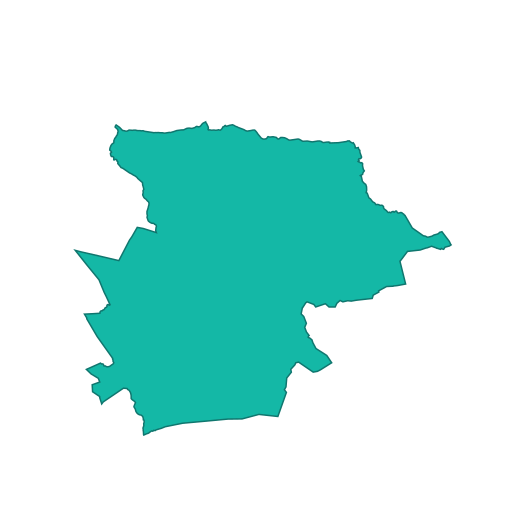 outline of Chimanimani, Manicaland, Zimbabwe, rotated 76°
{"feature_id": "62879985B88663690016764", "entity_name": "Chimanimani", "entity_type": "district", "adm_level": 2, "iso_a3": "ZWE", "parent_name": "Zimbabwe", "parent_adm1": "Manicaland", "projection": "robinson", "projection_center": [32.597, -19.741], "detail": "fine", "context": "isolated", "style": "filled", "palette": "teal", "viewbox_px": 512, "rotation_deg": 76, "n_neighbors": 0, "source": "geoboundaries", "source_scale": "gbopen_adm2", "svg_char_len": 6112}
<svg xmlns="http://www.w3.org/2000/svg" viewBox="0 0 512 512"><g transform="rotate(76 256 256)"><path d="M95.0,360.0L95.6,360.7L96.1,361.2L96.9,361.5L99.8,359.6L102.0,359.7L103.1,360.5L104.1,360.8L105.3,361.7L105.9,362.6L106.8,363.3L107.7,364.6L109.9,366.1L111.3,366.4L111.8,366.7L112.3,368.1L112.7,368.9L113.7,370.0L115.1,371.0L116.0,371.6L117.8,372.3L118.2,372.1L118.9,371.5L120.3,371.1L121.1,372.4L122.9,372.6L123.4,372.4L124.1,372.4L124.5,372.2L124.8,371.1L125.5,370.4L126.3,370.2L127.9,370.7L128.3,370.7L128.5,370.1L128.3,369.2L128.3,368.7L128.6,368.2L129.0,367.9L129.4,367.8L130.0,368.0L131.0,367.3L131.8,367.3L132.5,367.7L133.0,367.7L135.8,366.3L137.5,365.6L138.8,363.9L144.8,358.6L146.2,356.9L147.5,355.7L149.3,353.7L151.0,352.4L152.2,352.0L157.3,348.4L159.7,348.8L161.2,348.7L164.2,348.7L165.1,349.7L165.6,349.9L167.2,350.1L169.1,351.1L169.8,351.1L172.2,350.6L173.2,350.0L174.3,349.0L176.4,348.0L177.4,347.2L178.8,347.0L180.6,347.6L181.7,348.3L183.2,349.0L186.4,351.0L188.8,351.6L190.6,351.6L192.1,352.4L195.6,352.1L196.2,351.9L197.6,350.8L198.3,350.1L199.1,349.0L199.5,347.6L200.0,347.0L200.6,346.8L201.5,345.7L201.9,345.5L203.3,345.5L204.2,346.1L207.1,347.2L209.2,347.0L202.0,358.8L199.5,364.3L207.2,371.7L210.0,374.9L227.3,390.2L219.0,406.3L209.7,424.7L206.8,430.0L223.7,422.3L241.1,414.1L254.6,412.1L259.1,411.1L268.0,409.4L268.3,410.2L267.3,411.2L267.3,411.7L267.5,412.2L267.8,412.6L268.7,412.7L269.5,413.4L269.7,414.8L271.3,416.4L271.4,417.7L271.9,418.2L271.8,419.5L271.9,420.1L272.6,420.9L273.5,421.1L273.8,421.3L272.5,428.4L270.9,436.5L275.1,435.2L276.0,435.4L295.7,429.6L320.7,419.8L321.1,420.1L322.3,419.9L323.6,420.2L325.1,419.8L326.0,420.5L326.5,421.6L326.7,422.3L327.5,424.2L327.7,425.0L327.7,426.0L327.5,427.3L327.2,427.8L326.1,429.0L326.0,430.0L325.5,430.2L324.2,430.3L323.9,430.5L323.5,431.2L323.4,432.0L322.3,432.8L325.0,448.0L330.6,444.5L336.5,438.6L340.5,438.1L341.3,446.1L348.2,447.4L354.5,441.7L355.6,441.9L362.2,441.5L360.6,439.5L352.2,416.6L353.4,413.1L354.5,412.8L355.4,411.8L356.2,411.4L357.9,410.9L359.6,410.8L361.1,410.9L364.2,411.6L365.6,410.8L367.7,409.0L369.1,408.4L371.5,410.2L372.7,410.9L373.4,410.8L375.0,410.2L377.9,410.1L379.6,409.5L380.8,408.7L381.8,407.6L382.7,405.8L383.9,405.0L384.6,404.7L386.8,404.7L387.7,405.0L388.3,404.3L390.2,404.7L391.4,405.5L393.5,405.9L395.6,407.3L397.0,407.4L398.2,407.7L399.1,407.7L402.1,408.3L402.6,408.2L402.0,405.0L402.0,403.7L401.6,402.3L401.3,401.8L400.5,399.6L400.5,399.3L401.0,398.7L401.0,398.4L400.4,397.2L400.9,396.5L401.0,396.1L400.5,394.8L400.3,389.5L399.7,385.4L400.5,367.7L404.1,344.6L407.4,322.9L410.7,308.9L410.4,291.5L417.0,273.6L395.7,259.5L392.6,260.8L390.3,258.6L381.8,255.7L377.3,249.8L374.4,249.7L371.1,244.7L369.2,243.2L369.3,240.3L382.5,228.6L382.8,224.3L382.0,220.9L377.9,208.4L369.6,211.4L360.3,220.2L353.9,221.8L350.9,222.0L348.8,223.5L347.7,224.9L347.4,225.1L346.3,224.3L346.0,223.7L342.0,225.4L337.0,226.0L333.5,223.4L326.3,224.3L323.1,226.2L317.4,223.5L317.4,223.2L313.5,219.1L312.9,217.6L313.0,217.3L317.0,211.6L319.9,210.4L319.1,200.2L323.1,197.5L324.6,191.5L321.5,189.0L319.5,185.2L321.5,182.8L321.6,177.8L322.8,174.5L323.2,169.2L325.3,153.5L322.3,151.7L320.7,145.5L319.5,145.5L317.2,136.7L318.5,130.2L318.3,129.4L318.5,129.0L318.9,125.9L319.4,117.6L295.9,117.6L295.9,117.4L288.2,107.9L289.9,95.3L289.4,89.3L289.5,87.9L289.0,83.3L291.9,79.0L292.2,78.8L292.2,78.6L294.2,75.3L293.5,74.4L294.1,73.8L294.9,72.3L293.2,70.5L293.1,65.9L292.4,64.0L291.7,64.3L288.6,64.9L277.4,69.7L277.5,72.3L278.3,73.3L278.6,74.7L278.7,78.5L279.3,80.2L279.4,83.8L279.2,85.2L277.8,86.7L276.8,88.8L266.6,97.6L252.7,101.6L252.7,101.8L252.3,102.1L251.3,102.4L250.0,103.6L249.3,104.0L248.8,104.9L248.9,106.8L248.7,107.7L248.0,108.4L246.6,108.7L246.2,109.2L246.3,110.0L246.8,111.0L246.9,111.4L245.9,112.2L246.1,114.0L246.6,114.5L246.6,114.9L245.7,116.0L245.9,116.6L245.7,117.2L245.2,117.7L243.6,118.4L241.2,120.3L240.0,120.6L239.3,120.3L238.8,120.4L238.1,120.7L237.2,121.5L236.8,123.6L235.9,124.4L235.3,125.8L235.2,127.2L233.2,128.0L231.6,129.7L228.4,131.1L226.8,132.4L221.9,132.9L221.2,133.8L218.9,132.7L215.6,132.0L213.1,132.2L211.5,133.5L209.2,134.7L203.7,134.5L203.5,135.3L203.2,135.4L202.8,133.8L203.0,133.9L202.7,133.6L202.7,132.9L201.0,132.0L199.6,130.3L197.8,130.9L194.2,130.8L192.2,130.2L191.0,130.8L190.9,132.1L189.8,132.8L189.4,133.8L188.9,134.1L188.2,132.9L187.2,133.2L186.5,132.5L186.8,131.3L186.5,130.4L185.6,129.6L180.4,130.1L178.6,129.7L177.3,130.5L175.5,130.5L175.4,132.7L175.0,133.6L174.5,133.3L172.1,133.4L169.7,134.2L169.9,134.8L168.2,136.8L166.9,137.5L166.5,139.4L166.8,140.4L166.0,148.6L164.2,157.1L163.5,157.0L163.3,157.8L163.0,157.9L162.6,159.9L162.3,162.7L162.1,163.6L160.6,165.0L159.8,166.4L159.4,168.1L158.9,173.7L158.3,175.2L156.9,178.3L156.0,182.9L153.3,185.7L152.7,186.8L152.6,187.4L151.8,195.2L151.2,196.3L149.7,197.7L148.2,199.6L147.5,201.4L147.0,203.4L147.9,205.4L147.9,206.0L147.6,206.5L147.3,206.9L146.2,207.3L145.8,207.7L144.4,210.6L143.9,214.0L143.1,215.4L143.3,215.9L144.1,216.7L144.7,217.7L144.6,219.4L144.3,220.6L143.5,221.7L142.8,222.4L138.0,224.7L136.5,225.2L134.8,226.0L133.5,226.8L133.1,228.4L133.0,231.1L132.7,234.4L132.5,234.7L131.8,235.8L130.6,237.0L129.7,238.2L126.9,242.3L126.1,243.1L125.3,244.4L123.9,245.8L123.0,247.0L122.8,249.9L123.0,253.5L122.7,253.8L122.0,254.0L121.9,254.5L122.2,255.2L122.8,255.9L122.8,256.3L122.7,256.7L122.9,257.1L124.1,258.0L125.3,260.0L125.2,260.5L124.4,261.9L124.5,263.2L124.2,264.9L123.6,266.3L123.2,268.7L122.4,270.4L122.2,271.7L121.5,271.9L120.3,271.2L118.9,271.2L115.2,272.0L114.1,272.6L113.7,272.5L114.3,275.3L115.1,276.7L116.3,278.1L116.8,279.1L116.8,280.5L115.9,282.1L116.0,282.9L116.6,284.4L116.7,287.3L115.7,290.0L115.4,292.2L116.1,295.7L115.6,298.1L115.1,302.5L115.4,306.0L115.5,309.1L115.1,310.2L114.7,314.9L113.8,317.0L113.1,319.5L112.6,320.8L112.2,322.8L112.0,323.3L111.5,326.1L111.5,325.6L108.1,333.8L107.1,335.3L106.8,337.1L106.3,338.1L105.7,340.4L105.3,341.5L104.9,342.0L104.3,344.1L104.2,345.4L103.1,348.7L103.6,350.6L103.5,351.9L102.5,353.6L101.9,355.1L98.1,357.3L95.0,360.0Z" fill="#14b8a6" stroke="#0f766e" stroke-width="1.5"/></g></svg>